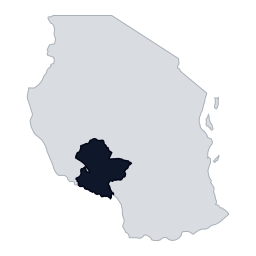 where Mbeya sits in United Republic of Tanzania
{"feature_id": "TZA-3335", "entity_name": "Mbeya", "entity_type": "Region", "adm_level": 1, "iso_a3": "TZA", "parent_name": "United Republic of Tanzania", "parent_adm1": "", "projection": "natural_earth1", "projection_center": [33.421, -8.292], "detail": "fine", "context": "in_parent", "style": "filled", "palette": "ink", "viewbox_px": 256, "rotation_deg": 0, "n_neighbors": 0, "source": "natural_earth", "source_scale": "10m", "svg_char_len": 6333}
<svg xmlns="http://www.w3.org/2000/svg" viewBox="0 0 256 256"><path d="M92.5,192.1L89.5,190.3L86.9,189.2L84.7,188.0L83.7,186.8L81.6,186.4L79.9,186.2L78.2,185.1L74.8,184.7L74.4,183.9L74.4,182.3L73.8,181.9L72.6,181.5L71.2,181.5L70.4,181.7L70.0,181.6L68.9,180.6L67.8,179.4L67.4,177.5L65.9,176.2L64.1,175.3L59.1,175.4L58.4,175.1L57.2,174.1L55.8,172.5L54.7,170.6L53.7,168.1L52.7,164.7L47.0,151.2L46.4,148.6L45.3,145.8L43.5,142.3L41.5,139.7L38.9,137.4L35.9,135.0L34.3,133.4L31.3,127.1L30.6,124.1L30.1,121.0L30.3,119.8L32.2,115.8L32.4,114.7L32.2,113.1L31.2,110.0L30.0,106.1L27.6,99.1L27.3,97.3L27.3,96.0L28.7,88.9L28.7,87.9L34.4,88.0L38.6,84.9L42.2,80.3L42.9,78.3L44.4,75.3L45.8,73.8L46.4,72.8L47.2,69.8L49.1,67.8L51.0,66.3L50.6,65.2L50.8,64.8L51.9,64.0L53.8,63.2L54.2,61.7L54.2,59.9L53.9,58.9L53.9,57.8L53.6,57.1L52.4,57.0L50.4,56.1L48.8,55.7L47.7,55.2L47.3,54.8L47.2,53.8L48.1,51.0L47.2,49.9L49.2,45.4L49.5,44.9L50.2,44.8L51.4,44.3L52.4,44.1L53.3,44.3L53.9,44.1L54.5,43.6L55.0,42.0L55.4,39.5L55.2,37.4L54.3,35.8L54.1,33.3L54.5,30.0L54.2,27.3L53.3,25.1L52.4,23.8L50.9,23.2L48.7,19.8L48.0,18.2L48.1,17.2L48.9,16.8L50.3,16.9L51.7,16.5L52.9,15.6L54.1,15.4L54.8,15.5L111.7,15.5L178.2,58.4L178.5,58.9L179.0,62.6L178.9,63.9L177.8,66.0L177.5,67.1L177.5,67.9L177.8,68.2L178.6,68.3L179.4,68.8L179.7,69.2L180.2,70.8L180.9,71.6L206.2,92.7L206.7,93.0L206.4,94.8L204.9,99.1L204.9,100.8L204.3,102.9L203.8,104.3L202.3,110.4L201.1,112.6L199.4,117.9L199.1,122.0L200.0,124.8L200.4,127.4L202.3,130.0L203.8,131.0L204.9,132.2L206.8,134.9L207.8,137.6L211.2,138.9L212.5,142.0L212.0,144.1L210.4,145.8L209.0,148.7L207.8,152.4L207.7,158.0L208.5,157.2L210.3,158.6L210.5,162.7L208.7,167.6L208.1,169.9L208.0,171.8L209.3,177.7L211.3,180.6L211.1,181.5L210.6,182.3L214.0,187.6L213.7,192.1L215.0,195.7L215.5,198.8L216.4,201.1L216.5,202.7L215.5,204.6L218.0,205.0L219.4,206.5L220.1,207.9L221.9,207.8L222.9,208.8L224.3,209.6L227.4,212.0L228.2,213.2L228.7,214.3L220.1,221.8L217.0,223.7L214.8,224.6L212.4,225.1L210.2,226.3L208.0,228.2L205.3,229.1L202.0,229.1L198.5,230.4L193.0,234.3L189.9,232.1L187.4,231.4L184.5,231.5L182.7,231.8L182.1,232.2L181.6,233.5L181.1,235.7L179.2,237.8L175.9,239.8L172.8,240.5L170.0,240.0L168.2,239.2L167.2,238.0L165.7,237.5L163.8,237.6L162.0,238.4L160.2,240.0L157.4,240.6L153.6,240.4L151.5,239.7L151.2,238.4L149.6,236.9L146.5,235.1L144.2,235.1L142.8,236.8L141.4,237.8L140.2,238.2L139.1,238.3L137.6,237.8L133.3,237.7L129.3,237.7L128.9,235.3L128.1,233.9L127.3,233.0L126.0,232.8L125.6,232.1L125.1,230.6L124.4,229.3L123.5,228.2L123.0,227.3L122.8,226.4L122.9,225.4L123.8,222.9L124.1,221.2L124.0,219.5L123.5,217.7L122.5,215.6L122.7,215.0L122.3,213.5L122.3,212.5L122.5,211.3L122.3,209.6L121.5,206.1L121.5,205.2L120.6,203.5L117.9,199.4L117.8,198.9L113.6,194.8L111.9,193.9L111.3,194.7L111.1,195.4L111.3,196.7L111.2,197.4L111.0,197.7L110.0,197.6L109.4,197.5L107.8,196.4L106.6,196.1L103.5,196.3L102.4,196.5L101.6,196.3L99.9,194.4L98.0,194.0L96.3,193.9L93.5,191.8L92.5,192.1ZM211.6,124.1L213.0,128.6L212.8,129.5L211.9,130.0L211.3,130.0L210.7,129.3L210.3,127.8L209.6,128.1L208.3,126.3L207.1,126.3L205.9,124.1L206.4,122.2L206.1,119.0L207.5,117.4L208.3,114.6L209.1,116.5L209.3,119.5L210.5,122.9L211.6,124.1ZM218.4,97.5L218.5,98.6L218.2,99.6L218.3,102.7L218.2,104.8L217.1,107.8L216.3,108.8L215.5,108.5L214.9,108.0L214.4,107.2L215.4,101.9L214.9,97.9L216.9,98.3L218.4,97.5ZM215.4,162.0L214.4,162.3L214.0,162.0L213.4,161.2L214.5,160.4L215.5,159.0L217.9,156.8L219.0,155.1L218.8,156.8L217.5,160.4L216.3,160.7L215.4,162.0Z" fill="#d9dde1" stroke="#a8b0b8" stroke-width="1"/><path d="M113.4,194.2L112.9,193.8L112.3,193.6L112.0,193.9L111.7,194.1L111.3,194.6L111.0,195.1L111.4,196.0L111.3,196.4L111.2,197.0L111.2,197.4L111.1,197.7L111.0,197.9L110.7,198.1L110.4,198.6L110.2,198.4L110.0,198.0L109.6,197.6L109.1,197.2L108.6,197.0L108.2,196.7L107.7,196.2L107.2,195.8L106.6,196.0L106.2,196.3L105.7,196.4L105.2,196.3L104.7,196.1L104.1,196.0L103.6,196.2L103.2,196.5L102.6,196.6L101.9,196.6L101.5,196.5L101.3,196.2L101.0,195.8L100.7,195.1L100.4,194.7L99.4,193.9L99.0,193.7L98.9,193.8L98.6,194.0L98.4,194.0L98.2,194.0L97.9,193.9L97.6,193.9L97.5,194.0L97.2,194.2L97.1,194.3L97.0,194.2L96.5,194.0L96.0,193.9L95.8,193.8L94.7,192.8L93.8,191.7L93.5,191.5L93.1,191.6L92.8,191.8L92.5,192.1L92.2,191.9L90.9,191.3L90.0,190.7L89.9,190.6L89.6,190.7L89.4,190.5L89.3,190.1L89.2,190.0L89.0,189.7L88.8,189.5L87.5,189.4L85.9,189.0L85.2,188.9L84.7,188.3L84.4,187.3L84.2,187.1L83.5,186.5L82.8,186.3L80.4,186.4L80.0,186.3L79.7,186.2L79.3,185.9L78.7,185.1L78.5,184.9L78.3,183.6L78.5,183.4L78.8,183.3L78.6,182.5L77.9,181.7L77.4,181.4L77.1,181.0L77.5,180.4L76.8,179.6L76.0,179.0L76.4,178.1L78.6,177.2L79.7,176.4L81.0,174.5L81.1,172.1L80.8,171.0L80.9,169.8L81.5,168.8L82.7,168.8L84.9,167.0L85.4,167.3L85.5,167.7L85.4,168.3L85.7,168.8L85.7,169.5L85.8,170.1L87.3,172.3L88.0,172.3L88.7,172.2L89.4,172.4L89.3,171.0L85.1,164.6L84.2,163.6L80.9,161.0L76.0,158.1L75.7,157.3L76.2,155.5L76.9,153.8L77.5,152.7L79.4,151.9L80.1,150.4L80.8,148.1L80.8,145.9L84.9,144.3L85.8,143.7L87.1,143.7L88.3,143.5L88.8,143.1L90.0,140.9L90.2,140.4L90.6,140.2L91.4,140.3L92.0,139.8L92.5,139.3L93.0,139.1L94.6,138.7L96.1,139.2L97.3,140.2L98.8,140.6L102.7,140.3L103.3,140.8L103.7,141.5L103.9,142.6L104.1,143.8L104.5,144.6L105.3,144.9L105.9,145.6L106.3,146.6L106.6,147.0L107.0,147.5L108.0,147.8L108.2,148.3L108.3,148.9L108.6,149.8L108.7,150.6L109.0,150.8L109.3,150.9L110.1,151.5L110.9,152.0L111.4,152.3L111.7,152.7L111.4,153.3L111.1,153.8L110.6,155.2L110.2,156.0L109.7,156.7L109.3,157.5L109.2,158.4L109.4,159.0L110.1,159.1L118.5,158.6L119.5,158.7L122.2,159.4L122.8,159.9L123.6,160.2L128.5,161.1L128.7,161.8L128.6,162.3L129.1,162.4L130.0,162.3L130.8,162.7L131.3,163.3L130.8,163.9L130.0,164.6L129.1,165.0L128.6,165.6L128.0,167.4L127.5,168.3L126.8,168.8L126.1,169.1L125.4,169.8L124.9,170.8L124.5,171.6L124.8,172.5L125.2,173.1L125.5,173.8L125.3,175.2L124.8,176.6L124.4,176.9L123.8,176.8L123.1,177.1L122.6,177.6L122.1,178.7L121.5,179.5L120.6,179.9L119.7,179.9L118.0,179.6L116.1,180.1L115.1,180.1L114.0,180.0L113.1,180.4L112.9,181.1L112.4,181.2L111.1,180.7L110.1,180.9L109.4,181.7L108.3,183.7L108.4,184.7L109.0,185.5L109.5,186.3L109.8,187.3L109.4,187.5L109.3,188.0L109.9,188.1L110.1,188.4L110.1,189.1L110.5,189.7L111.5,191.6L112.1,192.5L112.4,192.7L112.8,192.7L113.5,193.6L113.4,194.2Z" fill="#0f172a" stroke="#020617" stroke-width="1.5"/></svg>